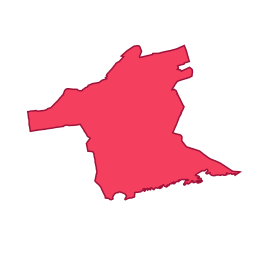 Audriņu pag., Rezeknes, Latvia, rotated 343°
{"feature_id": "27541924B86594333268472", "entity_name": "Audriņu pag.", "entity_type": "district", "adm_level": 2, "iso_a3": "LVA", "parent_name": "Latvia", "parent_adm1": "Rezeknes", "projection": "equal_earth", "projection_center": [27.249, 56.587], "detail": "fine", "context": "isolated", "style": "filled", "palette": "rose", "viewbox_px": 256, "rotation_deg": 343, "n_neighbors": 0, "source": "geoboundaries", "source_scale": "gbopen_adm2", "svg_char_len": 5828}
<svg xmlns="http://www.w3.org/2000/svg" viewBox="0 0 256 256"><g transform="rotate(343 128 128)"><path d="M216.6,204.5L216.9,204.3L222.4,202.8L221.7,202.4L217.0,200.7L215.8,200.1L215.1,199.6L205.8,188.4L202.0,185.1L198.3,182.2L196.6,180.5L193.3,176.1L193.2,176.1L190.2,171.6L189.6,170.9L188.4,170.0L179.4,163.8L178.6,163.1L178.0,162.2L175.8,156.4L175.8,155.7L177.0,152.3L176.9,151.6L176.4,150.4L175.7,149.7L171.7,147.3L169.4,145.6L175.3,138.8L178.6,134.6L179.2,133.9L179.9,132.7L182.2,130.7L183.6,128.9L183.3,128.7L185.3,127.0L187.8,124.1L187.1,121.5L186.0,114.4L185.7,113.0L185.5,111.6L185.3,110.6L185.3,109.6L185.2,109.6L185.3,109.5L185.0,107.8L184.9,106.4L183.4,104.5L182.3,104.8L181.2,104.3L183.3,102.2L184.7,101.2L185.5,100.2L188.9,97.8L192.2,97.6L201.4,97.6L204.4,97.0L204.8,95.8L205.9,93.6L206.5,91.1L205.3,88.9L204.6,88.0L195.6,89.3L195.2,88.4L195.3,88.2L194.7,87.4L194.1,87.3L192.4,86.3L193.4,85.8L193.8,85.2L193.9,84.9L193.6,84.1L193.6,83.1L198.2,83.1L199.9,83.3L200.6,83.0L200.7,82.4L201.1,82.3L206.1,82.3L206.2,75.1L206.3,73.8L206.3,70.9L206.1,67.6L206.1,67.4L205.9,65.6L197.6,66.6L191.3,66.4L186.3,65.9L181.9,65.6L179.3,65.6L173.5,64.0L172.7,64.9L159.9,64.0L159.8,63.9L159.9,63.0L163.4,58.6L163.0,53.6L162.9,53.3L162.5,52.8L161.7,52.3L157.7,51.5L149.4,54.0L142.6,57.2L144.6,58.5L139.4,61.7L135.5,62.6L133.8,64.0L129.6,66.9L124.2,70.1L123.4,70.7L122.8,71.4L123.3,72.0L123.3,72.4L123.2,72.6L121.3,73.2L122.1,74.4L122.1,74.6L116.9,74.8L113.6,76.1L107.3,75.2L106.3,75.2L105.4,75.4L102.4,75.6L101.3,76.9L100.4,76.9L99.1,77.0L97.2,77.8L95.8,78.1L95.2,78.7L94.9,78.9L91.9,77.9L91.0,76.9L90.9,76.6L90.7,76.2L86.5,74.8L82.9,73.2L81.6,72.8L80.4,72.7L79.5,73.0L78.5,73.6L75.9,76.9L75.9,77.3L74.9,77.4L73.3,78.6L71.8,79.4L69.0,81.3L64.4,83.7L60.1,86.1L57.0,86.0L56.1,86.5L53.7,86.8L46.3,85.5L46.3,85.4L45.7,84.7L44.8,84.3L43.0,84.1L40.3,83.5L36.9,83.1L36.6,85.4L35.7,89.8L35.9,90.8L34.3,96.4L34.6,97.0L34.3,97.7L34.0,100.3L33.6,102.6L42.5,103.8L48.8,105.0L49.2,104.9L56.1,106.0L59.0,106.3L66.8,107.6L67.5,107.1L70.4,107.2L72.1,108.3L75.9,109.3L79.7,110.1L83.3,110.5L85.4,117.7L85.2,118.1L85.7,119.3L86.4,121.7L86.8,124.2L87.6,124.9L88.8,126.7L83.7,130.6L82.9,138.5L85.8,139.6L87.4,140.4L87.8,142.4L87.8,142.9L87.4,145.3L87.2,148.8L86.6,151.1L86.5,152.1L86.2,156.0L85.7,158.5L85.6,160.7L83.8,163.6L83.0,165.3L80.9,169.0L82.1,171.5L83.6,173.8L84.6,176.3L84.9,177.6L84.9,179.1L85.2,180.2L85.4,182.0L86.0,185.5L86.3,186.9L85.8,188.1L86.3,188.6L88.4,189.3L88.8,189.6L90.0,191.1L90.7,191.6L92.8,191.5L93.0,191.1L92.9,189.9L94.3,188.4L94.6,188.2L95.5,187.3L97.9,186.5L98.6,186.6L99.6,186.9L100.6,186.5L101.7,186.9L103.0,187.7L105.5,189.8L105.9,190.3L106.5,192.0L106.7,192.5L106.6,192.8L105.4,194.0L104.9,194.3L104.2,195.5L104.5,195.8L106.2,195.5L107.7,195.4L109.3,195.5L110.8,195.9L113.7,195.9L114.3,195.4L114.5,194.3L115.1,193.3L115.5,191.9L116.6,191.8L117.6,192.0L118.4,192.4L119.5,192.3L120.5,192.6L121.5,192.7L122.3,192.3L123.9,192.1L124.1,191.9L124.3,191.0L124.6,190.8L124.9,190.7L125.8,190.8L126.1,191.1L126.2,191.3L125.3,192.6L125.1,193.0L125.4,193.3L125.9,193.1L127.2,191.9L127.5,191.4L128.2,191.4L128.8,191.6L129.1,191.8L128.9,192.2L128.5,192.5L128.4,192.9L128.5,193.1L129.3,193.0L130.2,192.3L130.7,192.2L130.8,192.3L131.0,192.6L130.9,193.1L131.0,193.4L131.5,193.7L131.8,193.5L132.0,193.0L132.2,192.0L132.4,192.0L132.6,192.0L133.1,192.5L133.7,192.9L133.9,193.2L133.9,193.7L134.6,194.4L134.8,194.5L135.9,193.7L136.6,193.3L137.0,193.2L137.4,193.3L138.5,194.1L140.0,194.4L140.3,194.6L140.6,195.0L141.0,195.1L141.6,195.1L142.7,194.8L142.6,194.6L141.4,194.6L140.8,194.4L140.7,194.2L140.6,193.7L140.8,193.5L141.7,193.5L142.5,193.2L143.0,193.4L143.3,193.9L143.7,194.0L143.9,193.9L144.3,193.0L144.5,192.8L145.3,192.6L145.5,193.3L145.9,194.3L146.9,195.0L147.1,195.4L147.3,195.6L148.0,195.5L147.8,195.3L148.0,194.8L150.0,194.8L149.9,194.5L149.4,194.5L149.2,194.3L149.2,194.2L149.7,194.0L150.1,194.5L150.5,194.6L151.4,194.2L151.6,193.9L151.6,193.7L151.9,193.5L153.2,194.0L153.8,193.4L154.3,193.2L155.3,193.3L156.0,193.0L156.3,193.5L156.2,193.9L155.4,193.9L154.8,194.3L155.7,194.7L156.1,194.8L156.8,194.5L157.4,193.9L158.7,193.5L159.3,193.5L160.4,194.0L161.1,194.0L161.4,193.7L161.0,193.2L160.9,193.0L161.0,192.8L161.3,192.7L162.1,192.8L162.5,193.1L163.0,193.3L163.9,192.9L164.5,192.9L165.6,193.5L166.5,193.6L167.5,194.1L168.3,194.3L169.5,194.3L170.1,194.7L170.6,195.3L170.5,195.6L170.0,195.7L169.6,195.7L168.5,195.1L167.8,195.2L166.2,196.9L164.8,198.0L164.8,198.3L164.9,198.8L165.1,199.0L166.0,199.0L167.1,198.4L168.2,198.1L168.8,198.3L169.1,199.1L169.6,199.1L172.6,198.2L173.1,197.7L173.2,197.2L173.6,197.1L174.1,197.3L174.6,197.8L174.6,198.2L174.2,198.7L174.2,199.0L174.4,199.3L174.9,199.5L176.1,199.5L178.5,198.7L181.6,199.3L181.9,199.6L181.7,199.8L178.7,199.9L178.2,200.1L178.0,200.4L178.4,200.9L179.1,201.1L181.2,201.2L182.9,200.8L183.5,200.4L183.6,200.2L183.1,199.6L183.0,199.3L183.1,198.2L183.1,197.5L182.8,197.4L180.8,197.1L180.2,196.8L179.9,196.4L179.9,196.1L180.4,195.9L181.6,195.9L181.9,195.6L181.9,195.3L181.6,194.8L181.1,194.4L180.1,193.8L178.9,193.3L178.6,192.8L178.7,192.7L180.3,192.0L184.4,191.0L185.5,190.8L186.0,190.6L187.0,190.6L188.1,191.2L188.7,191.3L189.4,191.2L190.8,190.5L191.4,190.5L191.6,190.7L191.8,191.2L191.8,192.5L189.7,193.5L189.3,193.9L189.4,194.3L189.7,194.7L190.4,195.0L192.7,194.7L193.4,194.8L193.4,195.2L193.0,196.1L193.1,196.4L194.3,197.7L195.0,198.2L196.9,198.9L197.5,199.0L198.1,198.8L200.7,199.3L202.7,200.4L204.7,200.2L205.0,200.4L205.8,201.2L206.7,201.5L208.8,201.6L209.1,201.2L208.7,200.6L208.8,200.2L209.1,199.9L209.5,200.0L209.9,200.3L210.5,201.1L211.0,201.4L211.5,201.5L212.9,201.4L213.3,201.6L213.5,201.7L213.5,202.2L213.7,202.5L214.1,202.7L215.1,202.9L216.5,202.8L216.8,203.0L217.0,203.3L216.9,203.7L216.5,204.3L216.6,204.5Z" fill="#f43f5e" stroke="#9f1239" stroke-width="1.5"/></g></svg>